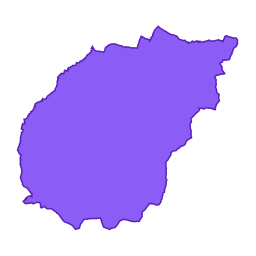 outline of Bone Bolango, Gorontalo, Indonesia, rotated 89°
{"feature_id": "22746128B41707288718561", "entity_name": "Bone Bolango", "entity_type": "district", "adm_level": 2, "iso_a3": "IDN", "parent_name": "Indonesia", "parent_adm1": "Gorontalo", "projection": "robinson", "projection_center": [123.251, 0.556], "detail": "fine", "context": "isolated", "style": "filled", "palette": "violet", "viewbox_px": 256, "rotation_deg": 89, "n_neighbors": 0, "source": "geoboundaries", "source_scale": "gbopen_adm2", "svg_char_len": 5743}
<svg xmlns="http://www.w3.org/2000/svg" viewBox="0 0 256 256"><g transform="rotate(89 128 128)"><path d="M221.7,118.8L221.3,118.1L219.9,117.8L218.4,116.3L216.7,115.5L212.2,115.4L209.9,112.3L208.6,111.6L208.0,110.8L206.3,110.1L205.6,108.8L203.8,107.9L204.3,105.4L204.4,103.2L205.3,101.6L205.5,100.0L205.1,98.3L204.1,97.7L203.2,96.7L202.2,96.4L201.0,96.3L199.5,95.3L198.1,95.2L197.0,94.7L193.9,94.2L193.4,93.9L192.6,92.5L190.9,92.7L185.6,91.0L182.0,90.6L180.8,90.1L178.5,91.1L173.7,90.5L170.4,90.7L169.0,90.3L166.5,90.9L165.1,90.6L163.2,90.9L161.5,89.7L160.3,88.4L159.0,88.1L158.2,87.2L156.6,86.4L155.6,85.6L155.1,85.5L153.5,85.7L151.6,83.1L151.6,81.2L151.5,80.5L149.4,78.5L149.1,77.1L148.1,76.5L147.0,75.1L146.7,73.1L145.5,71.4L142.5,70.1L141.4,69.1L139.5,66.3L139.0,64.7L138.5,64.6L136.9,65.1L131.1,65.0L129.2,65.9L127.6,65.6L126.0,66.0L124.9,65.7L123.2,64.5L121.6,64.6L120.3,65.0L119.8,64.9L118.9,63.9L117.7,63.2L117.0,62.1L114.7,60.1L113.4,58.4L111.4,56.3L110.6,56.1L109.5,56.6L109.4,54.4L110.3,52.2L110.2,51.5L109.1,49.4L109.1,48.8L109.6,47.0L109.7,44.4L110.9,41.9L111.1,40.3L109.8,40.4L106.6,39.4L104.1,37.8L102.5,36.3L101.7,36.2L99.8,37.0L96.5,36.3L95.7,36.7L93.9,38.7L91.2,38.9L88.2,39.8L86.3,39.0L83.2,39.3L81.3,39.0L78.4,40.5L77.9,40.1L76.7,38.1L76.5,36.2L76.0,35.1L75.6,31.0L75.2,30.3L72.2,32.6L70.9,33.1L69.1,32.8L67.3,33.6L65.7,35.0L65.2,35.2L64.8,34.9L63.9,32.7L63.2,32.3L61.8,32.1L61.8,28.2L61.4,25.7L60.8,25.1L58.7,24.5L56.6,23.6L56.0,22.9L53.4,22.4L52.8,21.8L51.4,21.6L49.5,20.4L48.3,18.2L47.1,17.9L45.8,17.1L41.7,17.1L39.9,18.3L39.9,21.4L39.1,23.1L38.8,25.4L37.9,26.6L37.5,28.3L38.4,29.7L39.7,30.0L41.0,30.7L41.8,30.8L43.2,31.6L42.3,32.4L42.6,33.1L42.2,33.7L42.2,34.6L41.4,35.8L42.0,38.7L42.5,39.4L42.4,41.9L42.6,43.0L42.6,43.9L41.5,45.4L41.9,46.0L42.6,48.9L43.1,49.6L42.9,50.8L43.5,51.7L43.2,53.6L42.6,54.4L42.9,55.1L43.5,55.4L43.5,56.2L42.4,56.2L42.3,56.6L42.6,57.2L42.2,58.4L42.7,58.8L43.2,60.8L42.4,61.6L42.2,62.1L43.1,63.1L43.7,64.3L44.2,66.3L43.2,66.4L43.2,67.2L42.9,67.4L42.7,68.5L41.3,69.4L41.6,71.4L41.2,72.0L40.3,75.1L39.7,75.8L38.0,76.7L36.9,77.9L36.0,80.1L35.2,83.4L34.4,85.2L32.3,88.2L31.1,90.6L29.9,92.1L29.3,93.4L26.9,96.0L30.5,99.5L35.1,101.8L36.3,101.5L38.1,103.5L39.5,103.5L41.6,104.9L41.3,105.0L40.5,104.7L39.9,105.3L39.6,106.7L39.0,108.3L39.0,109.5L37.8,110.6L36.5,113.3L37.9,113.7L41.1,115.2L41.9,115.2L45.7,116.7L48.2,117.2L47.9,123.5L47.2,125.6L46.9,128.5L47.1,128.6L47.0,129.1L47.6,129.4L47.5,129.6L45.9,132.8L45.0,136.5L43.9,138.7L43.6,142.7L44.8,145.9L45.3,146.7L45.7,146.6L46.9,148.9L48.0,149.5L50.4,149.7L51.8,151.6L51.2,153.4L50.7,155.9L50.7,157.8L50.2,159.3L49.6,160.0L46.6,161.8L46.7,162.5L46.4,162.5L46.9,162.8L47.0,162.4L47.2,162.5L47.2,162.8L47.3,162.9L47.3,162.7L48.3,162.5L49.8,163.1L50.1,163.6L51.2,163.4L51.7,163.7L52.3,165.0L53.5,165.6L54.0,166.8L53.9,167.0L54.3,167.6L56.8,169.0L57.2,169.9L58.1,169.8L58.5,170.6L58.4,171.3L59.3,172.2L60.3,172.3L60.2,174.4L60.5,174.9L61.4,175.1L62.1,176.4L62.1,177.2L61.7,178.0L62.2,178.7L63.7,178.6L64.3,179.1L64.6,180.1L64.4,182.0L65.1,182.6L65.7,183.9L66.4,184.4L66.3,185.3L66.7,186.4L67.8,187.2L68.4,186.7L68.7,187.2L69.7,187.0L69.9,187.2L70.1,187.9L69.3,189.1L69.2,190.3L69.5,190.6L70.6,190.6L72.3,191.2L72.7,192.0L72.3,192.3L72.3,193.7L72.7,194.3L73.6,194.4L73.9,195.6L75.0,196.3L76.1,197.5L77.0,197.3L77.3,196.9L77.4,197.3L79.2,197.5L79.9,198.0L81.3,198.0L82.0,197.7L86.0,199.0L87.4,200.1L88.8,200.0L91.9,204.2L92.1,204.8L92.7,205.0L93.2,205.5L94.0,207.3L94.7,207.8L95.2,207.9L95.7,208.6L97.5,209.7L97.7,211.5L97.5,212.3L97.2,212.7L98.1,212.9L98.4,213.4L99.0,213.0L99.6,213.4L99.4,213.6L99.6,213.6L99.9,214.4L99.6,214.7L99.8,215.4L100.7,217.0L100.9,217.8L100.7,217.9L101.5,218.9L102.0,220.2L103.8,220.8L104.2,220.3L104.7,220.0L105.2,220.4L105.3,221.4L107.2,221.8L108.7,223.1L109.3,223.2L109.8,223.9L109.7,224.6L110.0,224.9L110.6,224.7L111.1,225.0L111.9,226.0L112.1,226.7L113.3,226.9L113.9,227.8L115.2,228.0L117.0,229.6L117.5,230.5L117.5,231.8L119.5,231.1L120.1,231.2L120.3,231.6L121.1,231.0L121.7,231.2L122.2,231.8L122.3,232.4L121.8,233.1L121.9,233.3L122.8,233.4L123.9,234.0L124.7,234.1L124.9,233.9L125.4,234.3L127.0,234.7L127.4,234.5L127.5,233.5L127.8,232.9L128.5,232.6L130.2,233.7L130.5,234.6L131.3,234.5L132.2,234.8L133.3,234.9L135.7,235.7L137.6,235.6L139.6,236.0L140.6,235.7L141.7,236.7L142.5,236.9L143.5,236.8L145.0,237.9L147.3,238.3L147.9,238.9L150.4,237.6L151.6,237.3L152.8,236.1L153.2,235.2L154.2,235.9L156.7,236.3L156.8,235.9L157.1,235.8L158.0,236.3L158.9,236.0L159.6,236.3L161.0,236.0L162.1,236.6L162.7,236.1L164.9,235.8L165.8,235.4L169.3,234.8L173.4,235.6L175.5,236.4L179.4,235.3L180.5,234.6L182.8,234.4L184.5,233.2L186.6,229.4L189.2,227.8L190.1,226.8L191.4,226.5L191.6,225.5L192.2,225.0L193.0,225.1L193.7,225.9L194.8,225.3L195.2,225.3L194.3,226.6L194.4,228.6L195.7,230.5L196.2,230.6L196.4,231.5L196.9,231.6L197.4,231.1L197.7,231.2L197.3,231.9L197.8,232.1L199.6,234.1L201.7,232.0L201.9,230.4L201.5,229.2L201.5,227.5L201.1,225.6L202.2,224.0L200.8,220.9L200.9,217.8L202.6,216.8L204.1,216.7L205.0,216.9L206.1,216.5L206.3,215.7L205.6,214.5L205.3,212.5L206.6,211.3L207.3,210.1L207.5,209.5L207.2,207.5L207.8,205.2L208.6,204.4L211.0,201.0L211.9,200.6L211.9,200.1L212.9,198.9L217.8,195.6L220.4,193.5L221.0,192.5L222.3,189.1L224.2,185.7L225.0,184.8L228.3,182.4L227.8,179.8L227.2,178.2L226.1,178.2L224.1,177.3L223.3,177.2L220.7,175.0L219.8,174.7L218.8,173.5L218.3,171.9L218.4,169.7L217.9,169.3L217.9,168.4L218.2,167.4L217.9,166.4L217.9,162.1L218.1,161.4L217.6,159.3L217.6,157.1L226.3,154.3L226.7,153.9L229.1,148.1L228.6,147.7L228.1,146.6L227.2,142.7L226.6,142.3L225.9,141.3L220.6,137.6L219.5,134.7L219.4,133.0L219.9,130.5L220.8,127.9L221.7,123.9L221.7,122.1L221.3,120.5L221.7,118.8Z" fill="#8b5cf6" stroke="#5b21b6" stroke-width="1.5"/></g></svg>